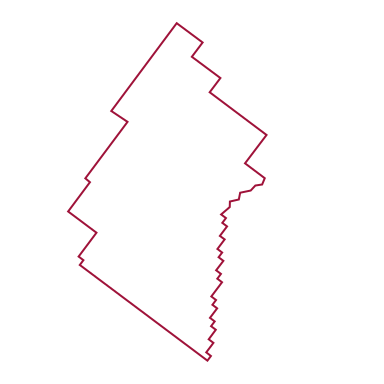 Treasure, Montana, United States of America, rotated 217°
{"feature_id": "52423323B86233996711525", "entity_name": "Treasure", "entity_type": "district", "adm_level": 2, "iso_a3": "USA", "parent_name": "United States of America", "parent_adm1": "Montana", "projection": "orthographic", "projection_center": [-107.432, 46.176], "detail": "fine", "context": "isolated", "style": "outline", "palette": "rose", "viewbox_px": 384, "rotation_deg": 217, "n_neighbors": 0, "source": "geoboundaries", "source_scale": "gbopen_adm2", "svg_char_len": 782}
<svg xmlns="http://www.w3.org/2000/svg" viewBox="0 0 384 384"><g transform="rotate(217 192 192)"><path d="M78.2,66.6L78.2,72.4L84.1,72.5L84.1,84.4L90.0,84.4L90.1,96.3L96.0,96.3L96.0,102.3L101.9,102.3L101.9,114.2L107.8,114.2L107.8,120.2L113.7,120.2L113.7,138.0L119.6,138.0L119.6,144.0L125.6,144.0L125.5,155.9L131.5,155.9L131.5,161.8L137.4,161.8L137.4,173.8L143.3,173.7L143.3,185.6L149.2,185.6L149.2,191.6L155.2,191.6L152.8,202.7L156.0,207.2L150.1,214.2L153.1,220.4L146.0,228.5L145.3,235.3L140.5,240.2L142.2,246.8L166.9,246.8L166.8,282.4L237.9,282.3L237.9,300.1L273.5,299.9L273.5,317.8L305.8,317.6L305.8,313.8L305.2,208.1L285.7,209.2L285.4,138.7L279.4,138.4L279.2,101.9L243.8,102.0L243.7,72.2L237.7,72.2L237.7,66.2L78.2,66.6Z" fill="none" stroke="#9f1239" stroke-width="2"/></g></svg>